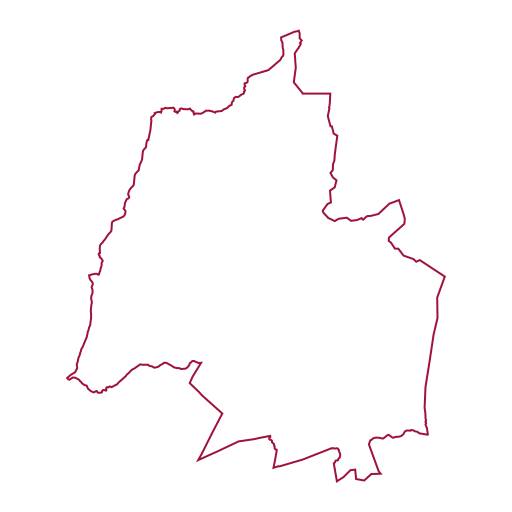 outline of Chimanimani, Manicaland, Zimbabwe
{"feature_id": "62879985B88663690016764", "entity_name": "Chimanimani", "entity_type": "district", "adm_level": 2, "iso_a3": "ZWE", "parent_name": "Zimbabwe", "parent_adm1": "Manicaland", "projection": "robinson", "projection_center": [32.597, -19.741], "detail": "fine", "context": "isolated", "style": "outline", "palette": "rose", "viewbox_px": 512, "rotation_deg": 0, "n_neighbors": 0, "source": "geoboundaries", "source_scale": "gbopen_adm2", "svg_char_len": 5982}
<svg xmlns="http://www.w3.org/2000/svg" viewBox="0 0 512 512"><path d="M67.2,378.0L67.8,378.9L68.5,379.4L69.4,379.7L72.8,377.5L75.3,377.7L76.7,378.5L77.9,379.0L79.2,380.0L79.9,381.0L81.0,381.9L82.0,383.3L84.6,385.1L86.3,385.5L86.8,385.8L87.4,387.5L87.9,388.5L89.1,389.7L90.7,391.0L91.8,391.6L93.9,392.4L94.4,392.2L95.2,391.5L96.8,391.0L97.7,392.6L99.9,392.8L100.5,392.6L101.3,392.6L101.7,392.3L102.0,392.0L102.1,391.0L102.9,390.2L103.9,390.0L105.7,390.5L106.2,390.5L106.4,389.8L106.2,388.8L106.2,388.2L106.5,387.6L107.0,387.2L107.5,387.2L108.2,387.4L109.4,386.5L110.3,386.6L111.1,387.1L111.8,387.1L115.0,385.3L116.9,384.5L118.5,382.6L125.5,376.4L127.1,374.3L128.8,373.0L130.9,370.6L132.9,369.1L134.2,368.6L140.2,364.4L143.1,364.8L144.8,364.7L148.3,364.8L149.3,365.9L150.0,366.1L151.9,366.3L154.0,367.6L154.9,367.6L157.7,367.0L158.9,366.3L160.2,365.1L162.6,364.0L163.7,362.9L165.5,362.7L167.5,363.4L168.9,364.3L170.6,365.1L174.3,367.5L177.2,368.1L179.3,368.1L181.0,369.0L185.1,368.7L185.9,368.5L187.5,367.2L188.3,366.3L189.2,365.1L189.7,363.5L190.4,362.7L191.0,362.5L192.1,361.2L192.5,361.0L194.2,361.0L195.3,361.7L198.7,363.0L201.1,362.8L192.7,376.5L189.7,383.1L198.8,391.8L202.1,395.5L222.3,413.5L212.5,432.3L201.7,453.9L198.2,460.1L218.1,451.1L238.6,441.4L254.4,439.1L259.6,437.9L270.1,435.9L270.4,436.9L269.3,438.0L269.2,438.6L269.4,439.3L269.9,439.7L270.9,439.9L271.9,440.6L272.0,442.3L274.0,444.1L274.1,445.7L274.7,446.3L274.6,447.9L274.7,448.5L275.5,449.4L276.5,449.6L276.8,449.9L275.4,458.2L273.5,467.8L278.5,466.2L279.4,466.4L302.6,459.6L331.9,448.1L332.4,448.5L333.7,448.2L335.3,448.6L337.1,448.2L338.1,448.9L338.7,450.2L338.9,450.2L338.9,451.0L339.9,453.3L340.2,454.3L340.2,455.4L339.9,457.0L339.6,457.6L338.3,458.9L338.1,460.1L337.5,460.4L336.0,460.5L335.6,460.7L335.2,461.6L335.0,462.4L333.8,463.4L336.9,481.3L343.5,477.1L350.4,470.2L355.2,469.6L356.1,479.0L364.2,480.5L371.5,473.9L372.9,474.0L380.6,473.7L378.7,471.3L368.9,444.4L370.3,440.3L371.5,439.9L372.6,438.8L373.5,438.2L375.5,437.7L377.6,437.6L379.3,437.8L382.9,438.6L384.5,437.6L387.0,435.5L388.7,434.8L391.5,436.9L392.9,437.7L393.8,437.6L395.6,436.9L399.0,436.7L401.0,436.1L402.4,435.1L403.6,433.9L404.6,431.8L406.0,430.8L406.9,430.5L409.4,430.5L410.5,430.7L411.2,430.0L413.4,430.4L414.9,431.3L417.3,431.8L419.7,433.5L421.4,433.6L422.9,434.0L423.8,434.0L427.4,434.7L427.9,434.5L427.3,430.8L427.2,429.2L426.8,427.6L426.4,427.0L425.5,424.4L425.6,424.1L426.1,423.4L426.1,423.1L425.4,421.6L426.0,420.9L426.1,420.4L425.6,418.8L425.3,412.6L424.6,407.8L425.5,387.0L429.8,359.9L433.6,334.5L437.5,318.1L437.2,297.6L444.8,276.6L419.8,260.1L416.2,261.7L413.5,259.1L403.6,255.6L398.3,248.7L394.9,248.6L391.1,242.8L388.8,240.9L388.9,237.6L404.4,223.8L404.8,218.8L403.8,214.8L399.0,200.1L389.3,203.7L378.4,214.0L370.8,215.9L367.3,216.1L364.9,217.9L363.6,219.5L363.2,219.7L362.0,218.9L361.6,218.1L356.8,220.1L351.0,220.8L346.9,217.7L338.5,218.8L334.7,221.1L328.0,217.8L328.0,217.6L323.4,212.7L322.8,211.0L322.8,210.6L327.5,204.0L330.9,202.5L330.0,190.6L334.7,187.4L336.5,180.3L332.9,177.4L330.5,172.9L332.8,170.1L333.0,164.2L334.4,160.5L334.8,154.2L337.3,135.7L333.7,133.6L331.9,126.4L330.5,126.3L327.8,116.1L329.4,108.4L329.0,107.5L329.3,107.0L329.8,103.3L330.3,93.6L302.8,93.6L302.8,93.4L293.8,82.3L295.8,67.5L295.2,60.5L295.2,58.8L294.7,53.4L298.1,48.4L298.5,48.1L298.5,47.9L300.8,44.0L300.0,42.9L300.7,42.2L301.7,40.5L299.7,38.4L299.6,33.0L298.7,30.7L297.9,31.1L294.3,31.8L281.1,37.4L281.3,40.5L282.1,41.7L282.5,43.3L282.7,47.8L283.3,49.8L283.4,54.0L283.2,55.6L281.6,57.4L280.4,59.8L268.4,70.1L252.2,74.9L252.1,75.1L251.7,75.5L250.5,75.9L248.9,77.3L248.1,77.6L247.6,78.8L247.7,81.0L247.5,82.0L246.6,82.8L245.0,83.2L244.5,83.7L244.6,84.7L245.2,85.9L245.3,86.4L244.2,87.3L244.3,89.4L244.9,90.1L245.0,90.5L243.9,91.8L244.1,92.5L243.9,93.2L243.4,93.8L241.4,94.6L238.6,96.8L237.3,97.1L236.4,96.9L235.8,96.9L235.0,97.3L233.9,98.2L233.5,100.7L232.4,101.6L231.7,103.2L231.6,104.9L229.3,105.8L227.4,107.9L223.6,109.5L221.7,111.0L216.0,111.6L215.2,112.6L212.4,111.4L208.7,110.6L205.7,110.8L203.7,112.3L201.1,113.7L194.7,113.5L194.4,114.4L194.0,114.5L193.6,112.6L193.9,112.7L193.4,112.5L193.5,111.5L191.5,110.5L189.9,108.6L187.8,109.3L183.5,109.1L181.2,108.4L179.8,109.1L179.6,110.7L178.3,111.5L177.8,112.6L177.3,113.0L176.5,111.6L175.3,111.9L174.4,111.2L174.8,109.7L174.5,108.7L173.4,107.7L167.3,108.3L165.2,107.8L163.7,108.8L161.6,108.8L161.5,111.3L161.0,112.5L160.4,112.0L157.6,112.1L154.7,113.1L155.0,113.9L153.0,116.2L151.4,117.0L151.1,119.2L151.4,120.4L150.4,130.0L148.3,140.0L147.5,139.9L147.2,140.8L146.9,141.0L146.4,143.3L146.1,146.6L145.8,147.6L144.1,149.2L143.1,150.8L142.7,152.9L142.1,159.4L141.4,161.2L139.7,164.8L138.7,170.2L135.6,173.5L134.9,174.8L134.7,175.5L133.8,184.6L133.1,185.9L131.3,187.6L129.6,189.8L128.7,191.9L128.1,194.3L129.2,196.7L129.2,197.3L128.9,198.0L128.5,198.4L127.2,198.9L126.7,199.3L125.0,202.8L124.5,206.8L123.6,208.4L123.8,208.9L124.8,209.9L125.5,211.1L125.3,213.0L124.9,214.5L124.1,215.8L123.2,216.6L117.6,219.3L115.8,219.9L113.8,220.8L112.3,221.8L111.8,223.6L111.7,226.8L111.4,230.6L111.2,231.1L110.3,232.3L108.9,233.7L107.8,235.1L104.6,239.9L103.6,240.9L102.7,242.4L101.0,244.0L100.0,245.5L99.7,248.9L100.0,253.0L99.6,253.4L98.8,253.6L98.7,254.2L99.0,255.0L99.7,255.9L99.8,256.3L99.6,256.8L99.8,257.3L101.2,258.3L102.7,260.7L102.6,261.3L101.6,263.0L101.7,264.4L101.4,266.4L100.7,268.1L100.2,270.9L99.3,272.8L99.0,274.4L98.2,274.7L96.8,273.8L95.2,273.8L90.8,274.7L89.5,275.4L89.1,275.4L89.7,278.6L90.7,280.3L92.1,281.9L92.7,283.1L92.7,284.7L91.7,286.6L91.7,287.6L92.4,289.4L92.6,292.8L91.4,295.8L91.1,298.5L91.9,302.5L91.3,305.4L90.8,310.5L91.1,314.6L91.1,318.3L90.8,319.6L90.2,325.1L89.1,327.5L88.4,330.5L87.7,332.0L87.4,334.4L87.1,335.0L86.5,338.2L86.5,337.7L82.5,347.3L81.4,349.0L80.9,351.1L80.4,352.3L79.7,355.1L79.2,356.3L78.8,356.9L78.1,359.4L77.9,360.9L76.7,364.7L77.2,367.0L77.1,368.5L75.9,370.5L75.2,372.2L70.7,374.9L67.2,378.0Z" fill="none" stroke="#9f1239" stroke-width="2"/></svg>